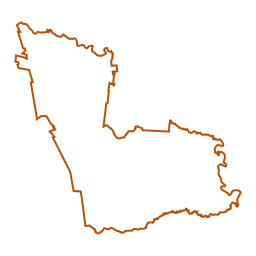 El Mante, Tamaulipas, Mexico
{"feature_id": "50627088B42847090379664", "entity_name": "El Mante", "entity_type": "district", "adm_level": 2, "iso_a3": "MEX", "parent_name": "Mexico", "parent_adm1": "Tamaulipas", "projection": "natural_earth1", "projection_center": [-98.766, 22.608], "detail": "fine", "context": "isolated", "style": "outline", "palette": "amber", "viewbox_px": 256, "rotation_deg": 0, "n_neighbors": 0, "source": "geoboundaries", "source_scale": "gbopen_adm2", "svg_char_len": 5887}
<svg xmlns="http://www.w3.org/2000/svg" viewBox="0 0 256 256"><path d="M174.5,212.3L174.9,212.8L175.9,212.1L175.6,213.0L176.6,213.1L177.0,212.5L178.4,212.0L178.7,212.2L179.2,211.6L179.9,211.8L180.1,210.9L180.7,211.4L181.6,210.9L181.9,211.0L182.1,210.6L182.9,210.7L183.4,210.3L184.0,210.5L185.3,209.9L186.0,208.6L186.7,209.0L186.4,209.6L186.7,210.0L186.8,209.7L187.1,209.9L187.1,210.4L188.1,210.5L187.8,210.8L188.2,211.2L187.9,211.7L188.7,211.7L189.0,213.0L189.7,213.4L190.1,212.8L189.9,213.8L190.8,213.5L191.9,213.8L192.4,213.2L192.3,212.8L193.0,212.7L193.6,211.5L194.5,211.0L195.1,211.7L196.5,211.7L196.1,212.0L196.4,212.5L196.8,212.4L197.3,213.9L198.2,214.4L198.3,214.9L199.8,214.6L200.5,215.9L201.3,215.3L201.2,216.0L201.8,216.1L202.1,216.7L202.3,216.6L202.1,216.2L202.4,216.3L202.5,216.8L202.9,217.0L205.2,215.8L205.4,216.4L206.0,216.2L206.8,216.9L207.1,216.9L207.3,216.4L207.6,216.5L207.7,217.1L208.1,217.2L209.4,216.6L209.4,215.4L210.4,214.1L211.0,214.5L212.3,214.4L213.1,214.9L213.2,214.7L214.4,214.6L218.3,214.6L218.7,214.2L218.6,213.9L219.4,213.5L219.9,212.3L223.7,212.4L224.4,211.9L225.5,211.9L226.5,211.1L227.1,209.9L227.9,210.2L229.0,209.2L229.7,209.3L230.4,208.1L231.0,207.9L230.8,206.6L230.1,205.9L230.5,205.1L231.2,204.8L232.2,202.5L232.9,202.4L235.1,203.6L236.4,203.3L236.5,204.1L236.1,204.4L235.5,204.2L235.5,204.7L236.0,205.2L236.7,204.8L237.0,205.3L236.7,206.3L237.3,206.6L238.4,204.6L237.6,203.6L237.2,199.7L237.6,198.5L240.6,193.0L240.3,191.9L238.4,190.3L233.6,190.4L232.9,190.8L231.7,192.3L230.4,194.7L229.3,195.1L228.4,194.4L227.9,193.2L221.9,189.8L221.0,187.9L221.2,186.9L221.5,186.5L224.7,186.3L225.2,186.0L225.3,185.4L221.5,182.1L221.2,179.8L220.4,177.4L218.6,174.5L218.8,170.4L218.1,166.8L218.5,165.9L220.9,164.2L225.1,166.5L226.1,166.0L226.3,164.9L226.2,164.4L223.6,162.4L224.9,157.7L224.7,154.8L224.1,153.9L221.8,151.9L220.3,152.0L219.1,152.6L218.9,153.5L219.2,154.4L218.6,155.2L218.2,155.3L217.5,154.2L218.3,152.5L218.3,151.6L217.7,151.8L217.0,152.7L215.9,152.9L215.0,152.2L214.7,149.7L215.0,148.0L216.7,145.5L218.5,145.0L222.3,146.0L223.1,145.5L223.3,144.8L223.2,143.9L221.3,140.6L220.0,139.3L218.2,140.1L216.6,139.3L215.3,139.6L214.7,139.1L215.1,138.8L214.9,138.5L213.1,139.1L213.1,138.6L213.6,137.7L213.0,137.0L212.9,136.0L212.4,135.6L211.4,136.4L209.5,135.7L209.1,134.9L208.0,134.5L206.4,134.9L205.0,134.2L204.5,134.6L202.2,134.7L201.5,134.4L200.5,132.7L199.3,133.2L198.4,132.7L197.0,133.6L196.7,132.8L194.4,131.1L192.1,132.6L190.8,133.1L188.6,131.8L188.0,130.5L187.5,130.4L187.2,129.3L185.6,129.9L185.2,129.3L183.4,128.6L182.7,129.1L182.0,129.1L180.5,127.8L179.8,128.0L179.1,127.7L178.8,126.8L177.2,125.9L175.4,124.1L175.2,124.4L174.7,123.8L174.0,123.8L173.4,123.3L172.3,123.3L171.3,122.3L171.7,121.9L170.6,120.4L170.0,120.6L169.7,124.4L169.4,124.4L169.0,131.6L142.6,130.2L142.2,128.3L137.8,126.8L137.4,126.1L135.4,126.9L135.7,127.4L135.6,128.2L135.1,128.6L135.2,128.9L134.8,129.0L134.9,129.5L133.3,131.2L132.4,131.5L130.9,130.9L128.3,131.4L128.1,132.3L127.4,132.9L126.8,133.9L126.5,133.9L126.0,135.0L125.0,135.6L124.3,137.5L121.8,137.5L119.4,138.5L117.2,137.9L115.9,136.7L113.8,133.6L113.5,131.5L113.1,131.3L111.2,128.5L110.1,128.2L106.9,125.2L105.9,125.3L103.5,126.6L106.3,103.3L107.5,103.3L108.9,91.1L108.8,90.5L108.4,90.5L109.6,82.9L113.9,85.4L114.5,83.8L113.1,83.6L114.1,74.7L114.7,74.3L114.5,73.1L112.9,73.8L112.6,71.6L117.3,71.3L116.5,65.4L111.7,65.8L111.1,61.5L112.6,57.6L112.5,56.1L112.9,54.8L112.4,54.1L112.8,53.7L112.7,53.0L111.9,52.6L111.3,51.2L110.5,51.8L108.3,51.2L107.1,48.0L106.4,47.9L104.9,48.6L104.1,49.7L104.1,50.3L105.7,52.3L105.9,53.1L105.0,54.2L101.5,55.8L97.8,55.5L96.8,55.0L94.7,52.7L93.3,52.1L92.0,50.7L91.8,49.3L92.7,46.7L92.6,45.8L91.9,45.7L88.9,46.3L87.3,48.0L86.4,48.2L85.1,47.4L84.1,45.6L82.5,44.9L79.2,45.8L77.6,45.8L77.2,45.4L77.2,43.2L76.7,41.2L75.9,39.3L74.8,38.3L74.0,38.3L72.7,39.0L71.0,38.6L69.4,39.0L63.2,34.5L60.9,36.9L57.6,36.2L56.1,35.4L54.2,33.7L52.4,33.0L51.7,31.2L50.6,29.7L49.5,30.2L49.5,31.5L48.7,32.3L48.2,32.3L47.9,31.9L47.9,30.5L47.5,30.0L46.2,32.0L44.7,32.5L43.8,32.3L40.6,32.6L38.0,31.9L35.8,33.5L34.9,33.6L33.2,32.7L32.4,31.0L29.2,27.9L27.7,25.3L26.0,24.0L23.0,23.9L21.8,22.5L21.2,22.5L19.5,23.2L16.9,25.2L16.9,25.7L17.3,25.9L19.1,29.6L19.3,29.7L19.1,29.7L20.1,31.9L17.9,31.5L22.7,47.1L23.3,48.5L24.9,48.4L25.5,50.6L22.4,53.5L26.5,54.7L26.9,58.8L26.1,58.7L26.0,57.9L16.1,55.4L15.4,61.8L18.5,62.3L18.3,65.3L17.6,65.2L18.5,68.0L29.0,69.9L32.8,82.2L30.8,82.3L36.5,115.6L36.9,119.2L41.2,116.1L46.5,116.1L50.7,123.5L51.7,124.7L52.4,124.7L53.3,125.8L53.1,125.9L53.1,126.4L53.7,126.4L54.2,127.0L53.6,127.4L54.5,128.5L54.2,128.6L55.1,129.5L49.7,131.4L50.1,132.1L50.5,131.9L54.4,136.9L52.8,137.5L70.2,171.8L73.6,191.0L80.7,191.4L82.0,199.5L85.4,226.0L89.8,225.5L91.2,227.0L93.1,228.1L93.5,228.9L94.1,229.2L94.6,229.0L95.5,230.5L95.2,231.0L95.3,231.8L95.9,231.9L96.1,232.6L97.8,233.5L99.4,233.0L100.3,232.1L101.0,232.1L102.2,230.7L102.8,230.6L104.0,228.3L105.0,228.2L106.3,229.0L106.6,228.8L108.6,229.4L109.7,228.4L110.8,227.9L113.9,228.8L114.8,229.9L116.4,230.3L117.1,231.1L118.4,231.1L119.1,231.2L119.7,231.9L120.3,231.7L121.0,232.0L121.2,232.7L121.8,233.0L124.2,232.1L125.4,230.8L132.1,230.6L133.1,229.4L134.0,228.9L134.9,229.2L136.0,228.9L137.8,229.6L138.6,229.6L140.2,228.5L143.7,228.8L144.6,228.5L145.1,227.8L145.2,228.0L146.2,227.6L146.8,224.5L148.2,222.7L148.6,223.0L149.7,222.3L151.5,222.3L152.2,222.7L152.5,222.4L153.3,222.5L153.4,221.6L154.1,220.8L154.1,219.6L154.9,219.7L155.1,219.0L156.9,219.0L157.0,218.3L157.4,218.2L157.9,218.5L158.0,218.1L158.3,218.1L159.6,216.5L161.5,215.9L162.5,215.1L162.7,214.6L163.3,214.9L163.7,214.6L164.0,213.6L164.5,213.9L164.8,213.6L165.4,214.0L165.6,213.4L166.5,212.9L167.1,213.5L167.7,213.6L168.8,212.6L170.2,212.5L170.8,212.1L171.5,212.3L172.2,211.8L171.8,211.5L172.4,211.0L173.2,211.5L173.5,212.3L174.5,212.3Z" fill="none" stroke="#b45309" stroke-width="2"/></svg>